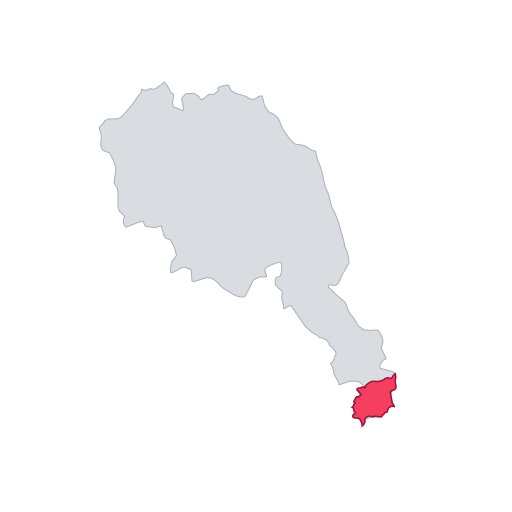 Vorarlberg on a map of Austria (Mercator projection), rotated 242°
{"feature_id": "AUT-2320", "entity_name": "Vorarlberg", "entity_type": "State", "adm_level": 1, "iso_a3": "AUT", "parent_name": "Austria", "parent_adm1": "", "projection": "mercator", "projection_center": [9.893, 47.218], "detail": "fine", "context": "in_parent", "style": "filled", "palette": "rose", "viewbox_px": 512, "rotation_deg": 242, "n_neighbors": 0, "source": "natural_earth", "source_scale": "10m", "svg_char_len": 5006}
<svg xmlns="http://www.w3.org/2000/svg" viewBox="0 0 512 512"><g transform="rotate(242 256 256)"><path d="M55.4,290.8L59.7,281.4L60.6,275.5L56.8,272.1L55.2,271.0L56.5,270.3L61.9,270.9L65.3,269.0L67.0,267.0L71.8,268.9L78.8,272.5L82.1,275.0L83.4,276.9L84.2,278.5L83.8,281.2L85.4,282.3L88.6,282.7L90.8,283.6L90.1,287.2L89.9,290.2L93.0,289.7L96.8,287.5L99.7,283.4L101.6,279.4L103.0,269.7L103.4,268.9L105.7,269.7L115.0,269.3L119.4,271.1L126.3,271.4L126.2,272.9L127.4,275.2L130.5,278.6L132.0,280.9L135.2,281.3L140.1,280.0L143.1,278.8L144.1,279.7L148.7,278.8L152.7,276.0L153.7,273.9L157.7,272.5L163.2,269.1L170.8,266.4L195.5,263.6L196.4,261.5L196.1,256.6L196.7,255.9L199.8,257.1L204.8,258.2L208.6,260.0L211.1,262.2L213.4,262.3L217.0,260.7L221.8,259.7L226.3,262.0L227.6,264.6L226.8,265.9L226.9,267.9L228.3,269.6L232.0,272.4L236.7,274.8L239.1,274.6L240.0,272.3L240.9,266.8L241.2,260.8L240.2,257.4L237.6,256.6L234.6,256.3L233.0,255.6L233.5,253.7L236.0,248.9L235.9,242.3L230.5,234.9L225.7,227.8L225.8,225.3L228.6,221.1L233.0,217.7L242.7,212.0L245.8,210.8L249.7,209.9L255.4,207.6L258.1,205.2L260.0,202.6L262.6,189.0L263.2,188.4L264.0,187.7L274.0,192.3L274.9,191.6L276.5,190.8L279.8,187.2L280.5,184.5L280.4,179.3L280.7,174.4L281.3,172.9L282.8,173.4L287.1,176.0L290.5,178.8L293.7,186.0L301.1,187.9L310.5,188.1L313.8,184.9L316.8,184.2L320.3,185.1L327.5,186.3L328.3,180.5L332.5,174.4L334.4,172.3L339.7,172.5L341.0,168.0L342.3,155.5L343.4,154.1L347.3,154.4L351.2,156.7L352.3,158.5L354.3,158.4L357.1,157.1L360.2,156.3L365.0,157.6L375.4,163.3L380.7,165.4L384.1,165.0L387.3,165.1L399.5,173.8L408.1,175.1L415.9,175.1L418.4,172.5L421.7,170.2L425.1,170.5L428.2,171.7L434.1,175.5L436.8,176.5L440.4,177.1L443.1,177.9L445.4,184.5L446.7,186.3L446.5,187.1L446.2,190.1L444.2,193.9L442.0,198.8L442.1,203.2L447.8,218.1L452.8,227.2L453.7,230.6L457.0,233.3L453.9,236.6L453.3,241.5L451.3,243.7L450.8,246.6L451.6,249.1L451.6,252.3L452.7,256.7L447.8,257.7L442.0,257.5L439.9,257.8L437.9,259.0L435.9,258.4L430.6,254.2L427.6,253.3L425.5,253.6L424.0,255.4L421.2,257.7L418.7,259.3L419.3,260.7L430.2,264.4L432.2,270.1L430.1,274.8L429.3,277.0L426.8,278.8L423.6,280.4L419.8,280.8L419.4,283.3L420.9,290.6L419.7,292.2L418.5,294.5L419.6,300.5L421.9,300.9L422.5,302.3L422.0,304.7L421.6,307.3L420.8,310.0L420.4,311.2L418.8,312.0L414.0,311.6L409.8,313.9L401.4,322.3L398.5,323.7L395.3,327.1L395.5,334.4L395.0,335.1L394.3,336.6L384.2,334.0L383.9,334.1L377.1,335.0L372.5,338.4L366.9,340.3L355.2,339.3L343.8,340.6L341.1,341.5L338.2,342.1L335.4,344.1L333.8,346.8L331.0,350.3L326.9,353.0L322.6,355.1L321.5,356.9L320.1,357.9L317.6,356.6L315.6,356.6L313.2,355.7L305.2,354.8L296.3,353.1L292.1,351.6L287.3,350.4L282.2,349.4L277.6,349.1L275.3,348.7L264.2,346.0L256.9,345.8L247.3,344.7L228.1,340.6L222.6,338.9L217.2,338.4L210.9,337.0L206.1,334.7L203.1,330.3L199.8,324.4L193.8,316.8L192.6,312.9L194.4,309.6L196.3,307.1L196.1,306.0L194.6,305.4L184.1,308.7L173.9,312.8L169.8,312.9L165.9,312.0L160.8,312.0L155.8,313.1L145.9,313.6L140.0,316.7L136.3,322.6L134.3,327.4L132.6,329.0L129.1,329.5L124.0,329.1L120.3,327.7L116.6,323.6L110.8,323.0L105.5,322.9L104.1,322.2L104.2,319.5L102.1,314.5L98.7,312.9L89.7,322.4L87.3,323.2L80.1,320.6L73.8,316.6L73.1,313.6L72.1,311.2L66.8,308.9L60.2,307.3L58.1,307.3L59.0,305.9L59.7,303.5L59.2,301.5L57.7,299.5L56.9,297.4L56.6,295.3L56.1,293.6L55.9,292.0L55.4,290.8Z" fill="#d9dde1" stroke="#a8b0b8" stroke-width="1"/><path d="M72.9,311.6L72.7,311.4L72.8,310.6L62.8,307.4L61.9,307.3L59.2,307.6L58.2,307.4L58.6,306.9L59.5,305.8L59.7,305.5L60.0,303.5L59.9,303.2L59.7,302.3L59.5,301.5L58.2,299.8L57.5,299.3L56.7,298.8L56.7,298.2L57.2,297.0L57.2,296.4L56.8,295.4L56.3,294.7L56.0,294.0L56.2,293.6L56.4,292.9L55.7,292.3L55.5,292.1L55.0,291.4L56.7,288.5L58.5,286.3L58.7,285.8L59.0,284.4L59.2,283.7L61.3,281.2L61.8,280.0L61.8,276.7L60.3,275.3L58.4,274.4L56.8,272.1L56.7,271.6L56.4,270.2L56.5,270.3L56.8,270.4L59.9,271.2L63.2,271.2L64.7,270.5L65.4,269.3L66.1,267.9L67.2,266.5L68.0,266.1L68.8,266.0L69.5,266.3L70.1,267.0L70.3,267.9L70.2,268.9L70.4,269.7L71.5,270.2L71.9,270.2L72.6,269.8L72.8,269.7L74.4,270.3L76.0,270.4L76.8,270.3L77.4,269.8L77.6,271.0L78.1,271.8L78.8,272.4L79.3,273.5L79.3,274.0L79.4,274.4L79.9,274.8L80.4,274.6L80.9,274.1L81.5,273.9L84.1,277.7L84.5,278.6L84.3,279.4L83.1,280.4L83.7,281.0L83.8,281.8L83.8,282.7L84.1,283.4L84.6,283.9L85.0,283.9L85.4,283.6L86.1,283.3L86.3,283.3L86.9,283.6L87.2,283.6L87.4,283.5L88.0,282.8L90.3,282.3L91.3,282.9L91.3,284.3L90.3,287.2L90.4,287.7L90.5,288.1L90.3,288.6L90.1,288.9L89.4,289.1L89.2,289.3L88.7,290.1L88.5,290.6L88.7,290.8L89.5,290.7L90.4,292.9L91.0,296.4L91.0,297.1L90.9,299.3L90.1,301.2L88.1,304.3L87.6,305.8L86.9,308.9L86.8,310.1L86.9,311.0L87.1,312.1L87.1,312.9L86.9,314.3L86.6,315.2L86.0,316.0L85.4,316.6L84.7,317.4L84.5,318.1L84.7,318.9L85.9,320.8L86.8,323.3L86.9,323.6L86.1,323.6L83.9,322.8L82.7,322.1L80.6,320.2L75.0,318.4L73.7,317.4L73.0,316.4L72.9,315.7L73.1,314.9L73.2,313.0L73.4,312.3L73.4,311.8L73.2,311.6L72.9,311.6Z" fill="#f43f5e" stroke="#9f1239" stroke-width="1.5"/></g></svg>